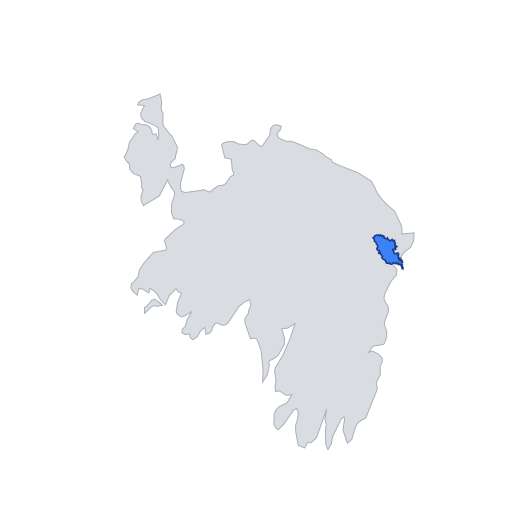 location of New Ross Lea-6, Wexford, Ireland, rotated 306°
{"feature_id": "5873133B16930759140678", "entity_name": "New Ross Lea-6", "entity_type": "district", "adm_level": 2, "iso_a3": "IRL", "parent_name": "Ireland", "parent_adm1": "Wexford", "projection": "orthographic", "projection_center": [-6.826, 52.344], "detail": "fine", "context": "in_parent", "style": "filled", "palette": "blue", "viewbox_px": 512, "rotation_deg": 306, "n_neighbors": 0, "source": "geoboundaries", "source_scale": "gbopen_adm2", "svg_char_len": 8534}
<svg xmlns="http://www.w3.org/2000/svg" viewBox="0 0 512 512"><g transform="rotate(306 256 256)"><path d="M316.6,97.1L307.8,103.3L306.5,105.6L303.9,115.0L303.6,117.7L298.0,128.1L294.9,130.2L290.2,131.8L287.6,133.5L284.3,132.6L280.1,132.7L278.0,134.5L278.0,136.0L279.3,137.6L287.0,142.6L286.5,144.6L284.3,146.8L270.2,152.2L266.0,155.6L264.5,157.8L265.9,161.6L276.9,173.1L278.8,174.3L280.4,180.9L290.2,183.8L294.3,188.0L297.7,189.0L305.3,188.7L308.4,190.3L310.1,189.1L311.1,186.9L319.7,179.0L317.1,173.0L325.7,162.8L328.0,163.0L332.0,166.1L335.3,170.4L336.4,176.2L339.5,181.4L341.5,183.2L347.0,184.3L348.2,186.3L347.3,193.9L348.1,196.4L362.0,196.1L367.6,192.8L372.4,193.4L374.8,196.7L375.9,200.2L371.8,201.5L367.4,200.9L365.3,203.2L365.2,207.6L366.7,213.2L369.7,217.2L372.1,226.3L374.1,236.3L377.2,242.4L377.9,249.9L377.5,253.7L378.1,260.3L376.8,262.7L377.9,268.9L383.2,289.1L384.4,304.8L381.9,310.7L378.5,316.4L376.4,323.0L374.7,330.2L373.7,341.8L366.3,355.4L363.2,358.8L359.5,360.9L367.6,370.3L361.0,374.6L353.8,375.9L345.7,373.6L340.7,373.9L334.4,378.8L332.9,377.9L330.0,370.1L327.7,378.2L323.1,380.7L315.2,380.1L301.9,382.2L296.8,384.4L294.6,388.0L293.0,392.1L290.9,394.5L288.6,395.8L278.3,398.7L276.2,399.9L271.4,406.5L265.0,410.2L259.8,411.3L255.3,407.3L253.5,405.0L251.4,403.7L244.3,403.8L246.5,405.0L247.9,407.8L248.5,413.1L247.6,418.2L244.0,420.7L239.9,421.1L233.2,426.3L224.4,427.6L219.6,432.4L190.5,439.8L188.8,439.8L184.9,437.6L180.6,436.5L176.3,437.0L164.1,441.2L158.2,440.0L166.2,428.8L176.4,423.3L177.5,421.7L174.2,420.8L155.1,424.1L148.3,427.3L141.7,428.0L145.0,422.9L153.8,416.0L161.3,411.6L164.7,407.5L173.8,403.0L144.6,411.8L137.1,410.2L135.4,407.3L129.5,408.4L127.6,401.6L136.8,391.8L142.0,387.7L148.1,385.6L154.1,382.5L156.4,378.4L153.7,377.0L136.4,377.3L128.2,376.0L128.8,372.7L130.5,369.2L139.3,363.4L144.0,362.6L148.1,363.4L155.2,367.4L165.0,366.6L161.1,362.4L160.7,354.3L157.8,351.5L161.9,347.9L166.5,345.8L174.3,338.4L177.0,337.3L192.0,336.0L208.2,332.4L224.2,327.3L216.1,323.9L212.4,319.7L205.9,327.8L201.2,330.9L188.4,332.2L184.4,331.1L178.9,328.3L177.1,329.2L175.3,331.1L166.7,334.9L157.8,335.5L168.4,328.4L182.0,316.2L185.0,312.2L189.4,305.4L188.3,302.2L185.7,300.3L195.6,286.2L199.0,283.7L205.0,283.5L209.4,281.4L211.4,281.4L213.2,280.6L217.1,276.4L211.3,273.5L205.2,271.9L186.2,272.7L183.7,272.3L181.4,270.9L179.9,268.9L179.0,264.0L177.6,262.8L173.4,262.7L169.1,264.0L166.1,263.7L163.3,261.5L168.2,256.6L162.3,255.2L156.2,255.9L151.3,254.2L151.3,251.0L153.7,248.0L150.9,244.9L150.4,241.1L153.7,239.4L157.1,240.2L164.2,237.7L173.3,236.7L165.7,233.6L162.7,231.2L162.7,227.6L163.5,224.5L172.6,219.7L182.1,217.7L181.5,214.3L182.4,210.6L172.9,209.1L163.3,211.4L164.6,204.3L167.2,198.0L167.8,193.8L167.5,189.3L163.1,191.0L162.8,184.6L161.1,180.2L154.5,182.9L155.0,177.2L157.0,173.2L160.5,171.6L163.8,172.5L170.0,172.7L176.2,169.9L184.9,169.5L198.7,170.9L207.9,179.8L210.4,178.4L214.4,173.1L216.2,172.5L230.4,175.3L239.3,178.6L241.7,177.7L240.5,171.7L237.6,167.5L241.5,162.1L246.3,158.5L249.4,156.8L256.7,154.6L259.9,152.6L262.1,145.6L265.5,139.8L247.5,142.5L230.6,135.2L233.4,130.4L237.1,127.7L243.3,125.7L244.0,123.2L247.2,121.2L252.5,115.7L250.7,108.4L251.9,103.1L255.7,99.8L256.9,94.8L258.7,91.2L266.2,90.0L273.5,86.8L284.6,86.5L287.5,87.9L286.9,81.9L292.1,81.1L294.2,82.4L295.0,86.6L297.4,89.4L298.0,94.1L296.4,97.7L293.7,100.5L296.1,103.4L292.3,108.5L296.4,106.4L302.3,101.4L302.0,97.2L301.1,92.0L299.5,87.2L300.3,82.1L303.6,78.8L312.2,77.3L308.7,71.4L311.8,70.8L315.2,72.1L320.2,76.7L330.7,83.2L325.5,88.9L319.1,92.8L316.6,97.1ZM161.6,206.5L161.2,209.3L157.2,205.6L155.4,201.8L144.0,199.5L148.9,196.0L151.2,197.2L159.3,197.7L161.5,199.4L161.6,206.5Z" fill="#d9dde1" stroke="#a8b0b8" stroke-width="1"/><path d="M327.9,367.6L328.6,367.7L328.8,368.0L328.9,368.6L328.5,369.1L328.4,369.4L328.5,369.7L328.7,370.1L329.1,370.5L330.0,371.0L330.5,370.8L330.8,370.9L330.6,371.1L331.1,371.4L331.3,371.7L331.4,371.9L331.7,372.3L331.8,372.7L331.7,372.7L331.7,372.8L331.8,372.9L332.3,373.1L332.6,373.1L332.5,373.4L332.7,373.8L333.1,373.9L333.3,374.7L333.6,374.8L333.6,375.0L333.7,375.3L333.0,375.7L333.1,375.8L333.2,376.1L333.3,376.1L333.4,376.4L333.6,376.6L333.6,376.8L333.7,377.0L334.0,377.4L333.8,377.8L333.9,378.5L333.8,378.9L333.7,379.2L333.1,379.7L333.0,379.9L333.0,380.1L332.2,380.8L332.0,381.1L331.9,381.4L331.8,381.5L332.0,381.6L332.0,381.8L332.1,382.0L332.0,382.3L332.2,382.2L332.3,382.2L332.5,382.1L332.9,381.9L333.0,381.8L332.9,381.7L333.3,381.5L333.4,381.4L333.3,381.2L333.2,381.2L333.3,380.9L333.5,380.7L333.7,380.3L333.6,380.2L333.9,379.9L334.1,379.9L334.2,379.7L334.4,379.6L334.5,379.5L334.4,379.3L334.5,379.3L334.4,379.2L334.8,379.0L334.8,378.9L334.8,378.7L336.6,378.0L336.8,377.7L336.9,377.8L336.9,377.6L337.2,377.3L337.7,377.3L337.8,377.4L337.7,377.5L337.8,377.5L338.3,377.3L338.1,377.3L337.9,377.2L338.0,377.0L337.8,376.9L337.8,376.5L338.0,376.1L338.5,375.7L338.4,375.6L338.2,375.6L337.9,375.9L337.7,375.8L337.5,376.0L337.4,375.9L337.6,375.9L337.8,375.8L337.6,375.8L337.5,375.7L337.6,375.8L337.7,375.7L337.8,375.7L337.8,375.9L337.8,375.7L337.9,375.9L338.0,375.8L337.9,375.5L338.0,375.0L338.3,374.5L338.4,374.2L338.6,373.9L339.0,373.7L338.9,373.6L338.7,373.5L338.8,373.6L338.6,373.9L338.3,373.5L338.0,373.5L337.7,373.7L337.7,373.8L337.6,373.7L337.5,373.9L337.1,374.0L336.8,374.3L336.6,374.2L336.8,374.2L337.1,373.9L337.4,373.7L337.5,373.2L338.0,372.7L337.9,372.3L338.1,372.3L338.3,372.1L338.7,372.1L339.0,371.9L339.1,371.6L339.9,371.1L340.0,370.8L339.9,370.7L339.9,370.8L339.9,371.0L339.8,370.8L339.6,370.8L339.6,370.6L340.0,370.6L340.4,370.8L340.5,370.7L340.9,370.6L341.1,370.6L341.3,370.4L341.4,370.1L341.6,370.0L341.9,369.6L341.9,369.4L341.7,369.2L341.9,369.0L341.8,368.7L342.0,368.6L341.4,368.6L341.3,368.3L341.2,368.2L340.9,368.2L340.7,368.1L340.4,368.0L340.3,367.8L339.8,367.6L339.7,367.2L339.6,366.9L339.5,366.7L339.4,366.5L339.3,366.3L339.5,366.1L339.7,365.6L340.0,365.2L340.6,365.0L340.8,364.8L340.7,364.4L340.9,364.0L341.3,363.8L341.5,363.6L342.5,363.9L342.8,364.2L342.9,364.5L343.1,364.9L343.2,365.0L343.4,364.9L343.5,364.9L343.6,365.0L343.7,364.9L343.9,364.8L343.9,364.7L344.2,364.4L344.2,364.0L344.4,364.1L344.5,364.0L344.6,363.7L345.0,363.3L345.2,363.5L345.3,363.9L345.8,364.4L346.0,364.2L346.4,364.3L346.4,364.1L346.6,364.1L346.6,363.5L346.5,362.8L346.3,362.7L346.4,362.4L346.6,362.3L346.6,362.1L346.4,361.9L346.7,361.7L347.3,361.6L347.5,361.4L347.8,361.3L348.2,361.2L348.4,361.1L348.6,360.9L348.7,360.6L348.3,360.0L348.6,359.7L348.8,359.7L349.0,359.7L349.2,359.4L349.3,359.2L349.6,359.2L349.8,359.0L349.7,358.9L349.9,358.8L349.5,358.4L349.2,358.1L349.3,358.1L348.7,357.5L349.0,357.1L349.4,356.8L349.5,356.5L349.3,356.5L349.2,356.3L349.1,356.2L348.7,356.0L348.4,356.0L347.8,356.0L347.6,355.9L347.3,355.7L346.9,355.3L346.9,354.6L346.9,354.4L347.3,354.0L347.4,353.6L347.4,353.1L347.1,352.7L347.4,352.5L347.4,352.2L347.6,351.9L347.3,352.0L347.1,352.0L346.6,351.1L346.7,350.9L346.6,350.5L346.3,350.3L346.2,350.1L346.2,349.9L345.8,349.7L345.7,349.4L346.0,349.0L346.5,348.8L346.8,348.5L346.9,348.3L347.0,348.2L346.7,347.9L346.8,347.8L346.7,347.6L347.1,347.5L347.0,347.1L346.7,346.9L346.6,346.6L347.0,346.2L346.0,345.3L345.7,345.5L345.7,345.0L345.9,344.7L346.2,344.3L345.8,344.0L345.5,344.0L344.9,343.8L344.7,343.7L344.8,343.5L344.7,343.5L344.8,343.1L344.9,342.5L344.7,342.4L344.3,342.0L344.2,341.7L344.0,341.4L343.9,341.4L343.1,340.9L342.9,340.9L342.8,340.7L342.7,340.7L342.4,340.4L342.3,340.6L342.0,340.3L341.4,340.4L340.7,340.4L340.2,340.0L339.6,339.8L339.3,340.2L339.4,341.4L339.3,341.5L338.9,341.8L337.9,342.9L337.5,343.2L337.7,343.9L337.8,344.2L337.8,344.5L337.4,345.2L337.0,345.6L336.5,346.3L336.0,348.1L335.9,348.4L335.6,348.7L335.2,348.8L334.9,349.2L334.8,349.3L334.5,349.2L334.3,349.3L334.2,349.4L333.7,349.2L332.9,349.5L333.0,349.7L333.0,349.9L332.3,350.3L332.5,350.8L332.2,351.7L332.6,352.4L332.9,352.7L333.0,352.8L332.9,353.0L332.4,353.3L332.4,353.6L331.9,353.8L331.4,353.6L331.2,353.3L330.9,353.2L330.2,353.6L330.2,353.8L330.5,354.1L331.3,354.4L331.4,354.6L331.5,354.9L331.4,355.4L330.6,355.8L330.5,356.5L330.2,357.4L330.0,357.8L330.0,358.2L330.1,358.5L329.7,358.8L328.9,358.7L328.7,358.8L328.5,359.1L328.3,359.6L328.3,360.0L328.1,360.6L328.3,361.5L328.3,362.3L328.8,363.0L328.7,363.2L328.6,363.5L327.9,363.8L327.7,364.1L327.6,364.4L327.6,364.7L326.9,365.7L327.9,367.4L327.9,367.6ZM341.5,363.6L341.3,363.5L341.3,363.3L341.4,363.0L341.3,362.8L341.7,362.7L341.9,362.7L341.9,362.9L341.8,363.1L341.7,363.1L341.5,363.6Z" fill="#3b82f6" stroke="#1e3a8a" stroke-width="1.5"/></g></svg>